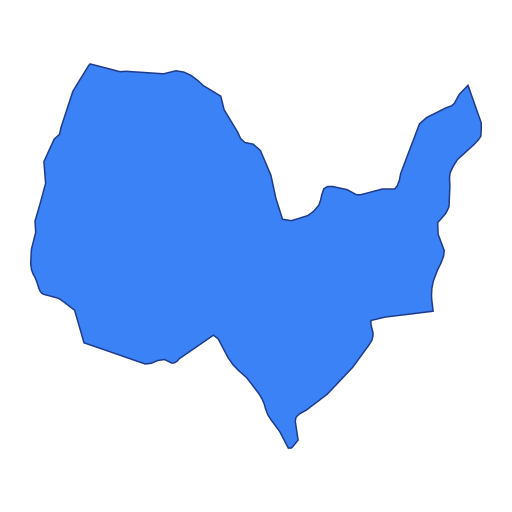 outline of Kabul
{"feature_id": "AFG-1767", "entity_name": "Kabul", "entity_type": "Province", "adm_level": 1, "iso_a3": "AFG", "parent_name": "Afghanistan", "parent_adm1": "", "projection": "natural_earth1", "projection_center": [69.432, 34.519], "detail": "fine", "context": "isolated", "style": "filled", "palette": "blue", "viewbox_px": 512, "rotation_deg": 0, "n_neighbors": 0, "source": "natural_earth", "source_scale": "10m", "svg_char_len": 1711}
<svg xmlns="http://www.w3.org/2000/svg" viewBox="0 0 512 512"><path d="M468.0,85.3L481.2,122.8L481.3,128.6L480.8,136.2L478.5,139.7L474.1,144.4L457.3,159.7L453.0,166.7L450.0,173.1L449.5,177.9L449.9,186.0L449.0,206.6L447.1,210.9L445.5,213.7L437.7,222.6L438.1,234.2L444.2,250.5L443.6,256.1L440.9,263.2L437.4,270.3L433.3,281.1L431.9,288.1L431.5,295.2L431.7,299.5L433.1,311.2L385.0,317.1L371.2,320.4L370.9,321.5L370.9,323.3L371.2,325.7L373.0,332.8L373.0,335.5L372.1,339.8L369.1,344.8L352.6,367.4L327.0,394.4L306.3,410.1L299.5,413.9L297.1,416.1L295.8,417.8L295.3,421.5L298.1,440.0L292.7,446.8L291.3,448.0L288.3,448.1L279.7,431.5L270.8,419.5L267.8,414.7L265.3,408.0L264.2,403.9L262.1,399.1L259.2,394.1L246.6,377.6L238.5,370.5L233.1,364.8L228.2,357.9L218.2,338.9L213.4,335.2L179.3,358.7L177.1,361.2L174.5,362.8L171.8,363.1L164.5,359.5L157.9,360.5L151.2,363.3L145.2,364.0L84.0,342.8L81.8,335.1L74.6,310.2L60.5,299.5L57.5,298.0L44.3,294.5L42.0,293.5L40.2,291.4L38.8,288.1L36.7,281.5L34.8,277.0L33.0,273.8L31.5,269.5L30.7,263.4L31.4,249.4L35.7,232.4L35.0,221.1L40.2,203.4L45.6,183.3L43.9,161.6L54.2,139.1L59.5,134.4L61.0,127.5L72.9,91.2L88.6,65.6L90.1,63.9L120.0,71.7L126.0,71.3L163.6,73.8L175.9,70.8L183.9,72.1L191.2,75.5L198.5,81.1L203.3,85.6L220.8,96.2L224.1,109.7L237.6,132.0L240.5,138.4L244.8,142.5L253.2,144.2L260.4,150.5L270.9,175.2L275.9,198.4L282.5,219.2L291.3,220.7L307.8,215.6L313.5,211.4L318.8,205.3L320.6,200.1L321.8,194.6L323.8,188.8L327.5,186.5L332.6,186.5L347.0,189.6L356.3,194.7L360.8,194.7L382.4,189.0L394.6,189.0L397.3,185.7L399.4,180.1L400.7,173.4L419.5,123.8L426.8,117.4L446.0,107.8L451.6,105.8L454.6,103.1L455.6,101.0L459.4,94.2L468.0,85.3Z" fill="#3b82f6" stroke="#1e3a8a" stroke-width="1.5"/></svg>